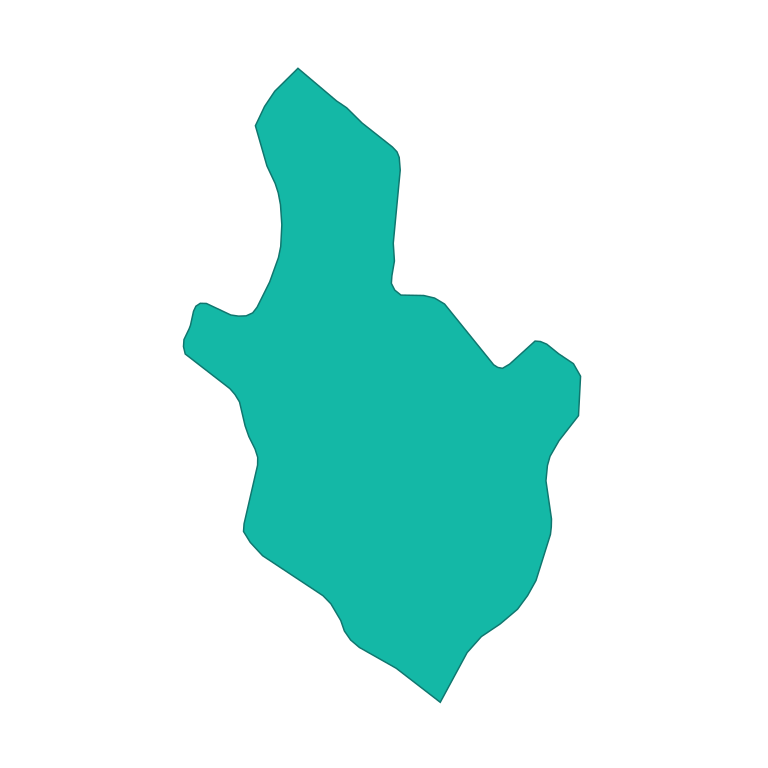 the border of Nairobi, rotated 265°
{"feature_id": "KEN-1196", "entity_name": "Nairobi", "entity_type": "National Capital Area", "adm_level": 1, "iso_a3": "KEN", "parent_name": "Kenya", "parent_adm1": "", "projection": "mercator", "projection_center": [36.917, -1.278], "detail": "fine", "context": "isolated", "style": "filled", "palette": "teal", "viewbox_px": 768, "rotation_deg": 265, "n_neighbors": 0, "source": "natural_earth", "source_scale": "10m", "svg_char_len": 1213}
<svg xmlns="http://www.w3.org/2000/svg" viewBox="0 0 768 768"><g transform="rotate(265 384 384)"><path d="M706.0,325.8L670.1,361.4L662.4,370.9L645.9,384.9L619.3,413.1L614.1,417.2L608.4,418.9L595.6,418.8L523.4,405.5L505.6,405.1L491.1,401.3L483.6,400.1L476.6,402.9L471.1,408.6L468.7,431.3L465.2,441.9L458.4,451.3L393.6,494.9L390.6,498.8L389.3,503.4L392.8,510.8L413.6,538.2L412.7,543.5L409.5,549.6L398.9,560.6L387.7,574.5L374.6,580.5L335.5,575.0L312.4,553.5L297.5,543.1L288.5,539.7L273.4,536.9L234.9,539.1L227.0,538.2L219.6,536.7L175.0,518.3L160.7,508.6L148.0,497.4L134.9,478.9L123.9,459.0L109.2,443.4L62.0,412.3L99.8,371.3L123.7,336.5L131.8,328.5L141.4,323.0L152.2,320.3L169.7,311.9L178.4,304.8L223.5,248.1L237.8,237.0L249.3,231.2L256.9,232.4L314.2,251.0L321.9,251.8L330.4,249.9L343.4,244.8L354.4,242.0L378.7,238.5L386.4,234.7L392.8,230.1L431.2,188.6L438.7,187.5L445.7,188.6L456.0,194.7L459.3,196.3L473.1,200.6L477.9,203.4L480.4,208.0L479.7,214.1L466.1,237.4L464.3,245.0L463.9,252.6L466.3,259.4L471.6,264.3L495.6,279.0L519.2,289.9L530.0,293.1L551.5,296.1L571.7,296.5L583.6,295.3L593.2,293.1L611.4,286.4L652.5,278.4L670.9,289.2L685.2,300.7L706.0,325.8Z" fill="#14b8a6" stroke="#0f766e" stroke-width="1.5"/></g></svg>